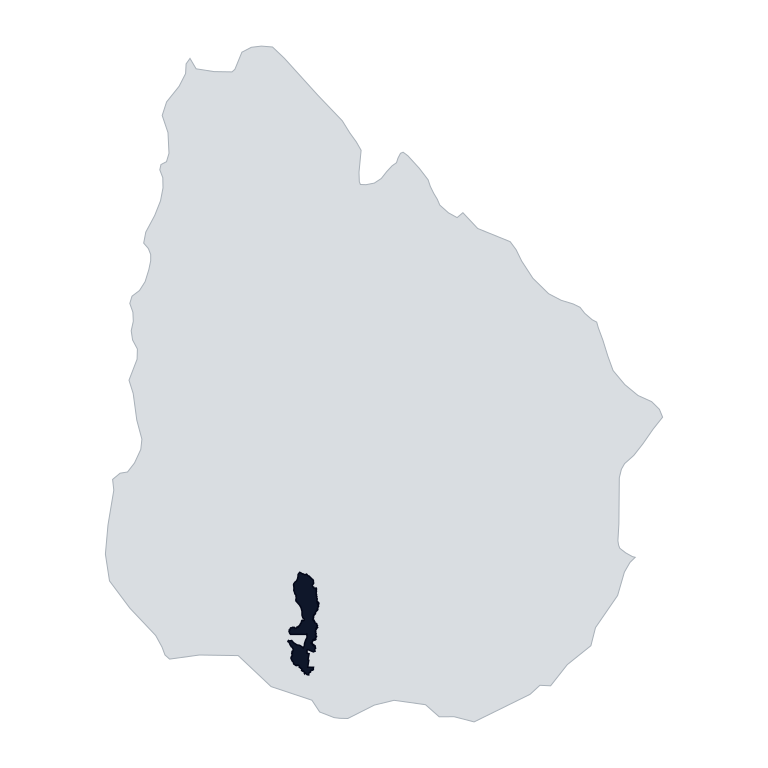 location of Rodríguez, San José, Uruguay
{"feature_id": "84410073B80691141354915", "entity_name": "Rodríguez", "entity_type": "district", "adm_level": 2, "iso_a3": "URY", "parent_name": "Uruguay", "parent_adm1": "San José", "projection": "equal_earth", "projection_center": [-56.456, -34.221], "detail": "fine", "context": "in_parent", "style": "filled", "palette": "ink", "viewbox_px": 768, "rotation_deg": 0, "n_neighbors": 0, "source": "geoboundaries", "source_scale": "gbopen_adm2", "svg_char_len": 7356}
<svg xmlns="http://www.w3.org/2000/svg" viewBox="0 0 768 768"><path d="M635.2,557.3L630.0,562.4L624.4,572.1L617.6,595.5L595.5,627.6L590.9,645.7L567.3,664.6L550.6,685.8L539.9,685.3L530.1,694.3L474.1,721.9L454.1,716.7L439.2,716.8L425.5,704.7L394.0,700.3L374.3,705.1L347.8,718.5L339.8,718.3L334.1,717.6L319.7,712.0L311.9,700.2L271.1,686.6L238.2,655.6L199.4,655.0L169.6,659.1L165.0,655.0L162.0,647.0L155.7,635.5L129.9,608.2L109.5,580.9L105.4,554.1L108.0,524.9L113.8,490.2L112.6,479.4L120.1,473.2L127.5,472.0L134.5,463.0L140.8,449.4L141.9,439.2L136.8,420.1L133.2,393.5L129.0,380.2L137.1,359.2L137.4,349.0L132.6,340.0L131.2,330.8L133.3,321.3L132.9,312.2L129.8,303.4L132.0,296.2L139.5,290.5L145.1,281.7L148.8,269.8L150.7,260.8L150.7,254.5L148.4,248.6L143.7,243.1L145.8,232.1L154.7,215.5L160.5,200.9L163.0,188.0L162.8,177.7L159.8,169.8L161.0,164.5L166.5,161.7L169.0,153.3L168.0,132.6L162.2,115.5L166.6,101.9L179.1,86.3L185.6,73.6L186.1,63.9L190.0,58.4L196.1,68.8L214.0,71.6L232.0,71.9L234.9,69.3L241.9,52.2L251.3,47.3L261.4,46.1L272.5,47.0L284.4,58.3L317.8,95.2L342.3,120.8L349.8,132.9L356.3,141.9L361.1,150.3L359.0,172.2L359.3,181.7L360.4,184.5L366.0,184.7L374.3,183.1L381.3,178.5L386.8,171.5L392.1,165.8L396.5,162.7L398.0,158.1L400.5,153.3L403.1,152.2L407.9,155.8L419.3,168.3L428.1,179.8L430.3,186.4L433.7,193.3L437.3,199.3L439.8,205.1L448.4,212.8L457.1,217.6L462.9,212.7L477.7,228.5L510.2,241.7L516.1,249.7L521.7,261.1L532.9,278.3L548.6,293.7L561.2,300.3L573.3,304.0L580.1,307.4L584.7,313.3L592.1,319.7L596.7,322.1L598.3,327.8L602.9,340.2L607.8,356.0L613.1,370.6L624.8,384.6L638.0,395.5L651.7,401.7L659.4,409.3L662.6,417.2L653.2,429.0L642.9,443.8L633.8,455.4L624.6,463.6L621.4,469.2L619.3,477.8L618.9,523.7L617.9,540.7L618.6,545.2L619.8,548.3L625.6,552.8L632.4,556.6L635.2,557.3Z" fill="#d9dde1" stroke="#a8b0b8" stroke-width="1"/><path d="M313.5,667.3L307.7,667.2L308.8,660.2L308.0,659.8L309.1,653.7L307.1,653.3L307.0,650.7L307.2,649.9L307.9,649.6L313.4,651.9L314.0,651.6L315.1,651.2L314.6,649.9L314.7,649.1L315.5,648.5L315.3,648.1L315.5,648.0L315.5,647.8L315.4,647.6L315.2,647.6L315.1,647.4L315.3,647.2L315.3,646.9L315.0,646.6L315.1,646.2L315.1,645.9L314.9,645.9L314.5,645.8L314.4,645.7L314.1,645.7L313.9,645.6L313.7,645.1L313.9,644.9L313.8,644.7L313.5,644.8L313.4,644.9L313.0,645.0L312.7,644.8L312.7,645.0L312.6,644.9L312.5,644.4L312.4,644.1L312.7,644.1L312.5,643.8L312.5,643.7L312.4,643.5L311.9,643.6L311.2,643.4L311.1,642.8L311.3,642.6L311.5,642.3L311.7,642.2L312.2,642.1L312.7,641.3L312.8,641.0L312.7,640.7L313.1,640.3L313.1,640.1L313.3,640.2L313.8,640.2L313.7,640.1L313.6,639.5L314.4,639.2L314.7,639.5L315.1,639.7L315.4,639.7L315.5,639.7L315.9,639.4L315.8,639.1L315.6,638.8L315.6,638.3L315.7,638.1L315.6,637.9L315.6,637.6L315.7,637.3L315.9,637.3L316.3,637.0L316.4,636.8L316.2,636.7L316.1,636.4L316.4,636.1L315.9,635.7L315.6,635.1L315.4,634.5L315.9,634.2L316.1,634.1L316.2,633.9L316.2,633.7L315.7,632.8L315.7,632.5L315.6,632.4L315.5,632.2L315.8,631.5L315.7,631.2L315.4,631.2L315.4,630.9L315.5,630.5L316.0,629.7L316.0,629.4L315.8,628.7L315.9,628.3L316.1,628.2L316.4,628.5L316.6,628.7L316.8,628.3L317.1,627.9L317.3,627.8L317.6,627.5L317.5,627.4L316.9,627.5L316.8,627.4L316.9,627.2L317.1,627.0L317.2,626.9L316.9,626.6L316.9,626.4L317.4,625.6L317.1,625.4L316.9,625.3L316.8,625.1L316.6,625.0L316.6,624.7L316.9,624.2L316.6,624.0L316.5,623.6L315.8,623.2L315.4,623.1L315.2,622.9L314.8,622.7L314.7,622.2L314.8,621.7L314.4,621.3L314.2,621.2L314.2,620.7L314.1,620.4L313.7,620.6L313.5,620.2L313.2,620.2L312.9,619.8L312.7,619.3L312.8,619.2L313.3,618.8L313.4,618.2L313.2,617.7L313.3,617.5L313.6,617.4L313.6,617.1L313.5,616.9L313.6,616.6L313.3,616.4L313.6,615.5L313.5,615.2L313.7,614.9L314.3,615.0L314.4,614.8L314.5,614.5L314.6,614.3L314.9,614.3L315.1,614.0L315.4,613.8L315.5,613.5L315.4,613.3L315.3,613.2L315.2,612.8L315.3,612.6L315.5,612.5L315.6,612.4L315.8,611.8L316.3,611.3L316.4,610.9L316.8,610.8L316.9,610.6L316.8,610.4L317.0,610.3L317.3,610.3L317.6,610.0L317.6,609.7L317.8,609.5L317.7,609.3L317.7,609.2L317.3,609.0L317.3,608.9L317.4,608.7L317.6,608.6L318.0,607.6L318.0,607.4L318.0,607.1L317.9,607.0L317.9,606.9L318.5,606.4L318.3,606.1L318.4,605.6L318.2,605.4L318.4,605.1L318.3,604.8L318.2,604.6L318.0,604.4L318.6,604.5L318.7,604.3L318.7,603.6L318.8,603.5L318.6,603.3L318.7,602.9L318.3,602.8L318.2,602.4L317.9,602.5L317.7,602.0L317.4,602.3L317.2,602.2L316.9,601.7L316.9,601.2L316.8,600.6L316.9,600.3L316.9,600.0L317.1,599.9L317.1,599.7L317.2,598.7L316.9,598.5L316.9,598.2L316.7,597.7L316.6,597.1L316.5,596.8L316.6,596.7L316.8,596.6L316.4,596.1L316.3,595.6L316.5,595.3L316.4,595.1L316.5,595.0L316.6,594.6L316.4,594.4L316.4,594.2L316.1,594.0L316.2,593.6L316.2,592.8L316.2,592.6L316.1,592.4L316.3,592.1L316.3,591.9L316.4,591.7L316.5,591.4L316.4,591.1L316.4,590.7L316.2,590.4L316.1,590.2L316.3,589.9L316.2,589.6L316.4,589.5L316.5,589.2L316.3,589.1L316.4,588.7L316.3,588.2L316.2,588.0L315.6,588.1L315.3,588.3L315.1,588.3L314.8,588.2L313.9,588.1L313.8,587.6L313.7,587.1L312.8,586.9L312.4,585.8L312.4,584.9L312.9,584.2L313.2,584.1L313.7,583.1L313.4,582.0L313.4,581.6L313.4,580.5L312.8,579.5L312.3,579.3L309.0,576.0L308.0,575.8L306.6,574.1L304.9,574.8L302.9,573.8L302.4,573.9L300.8,572.8L299.7,572.3L298.1,574.4L298.0,576.6L297.4,579.2L296.2,581.3L295.1,582.0L293.8,583.8L293.5,585.0L293.8,585.8L293.8,586.9L294.0,587.8L293.8,590.6L294.4,591.8L294.9,593.9L296.3,595.5L295.9,596.1L296.1,596.7L296.3,598.4L295.9,599.1L295.9,600.9L299.5,605.0L301.0,607.6L302.0,611.3L302.0,615.2L302.9,617.9L304.2,619.1L304.2,620.2L303.8,620.6L303.4,620.7L302.9,620.6L302.4,620.2L301.9,620.4L301.6,620.8L301.4,622.0L301.2,622.3L301.2,623.0L300.6,623.5L300.4,624.2L300.0,624.4L300.0,624.9L299.5,625.7L298.4,626.2L298.2,626.5L298.2,627.0L298.0,626.9L297.0,627.0L296.8,627.7L296.1,628.3L295.1,628.0L294.8,628.3L294.6,628.0L294.5,627.6L294.0,627.2L293.5,627.4L293.0,627.5L292.4,627.3L292.1,627.7L291.7,627.8L290.6,627.9L290.3,628.6L289.9,629.2L290.0,629.9L289.2,630.0L289.2,630.4L289.3,630.9L289.0,631.4L289.3,631.8L289.4,632.6L290.0,633.8L290.4,633.9L290.6,634.4L306.6,634.4L306.7,634.0L307.0,634.1L306.8,634.7L307.1,637.3L305.6,640.2L304.5,643.5L304.3,646.0L303.1,648.0L301.9,646.7L299.6,645.3L297.0,644.9L293.6,642.7L291.7,640.5L290.8,640.7L288.9,640.9L288.5,640.5L288.0,641.1L287.9,641.6L288.8,642.1L289.1,642.5L289.5,643.1L289.7,643.9L290.0,644.4L290.4,645.3L290.9,645.9L291.2,646.7L291.9,647.0L292.3,647.5L292.8,648.4L293.3,648.8L293.0,650.4L292.9,651.1L292.1,651.3L292.0,651.7L292.3,652.2L292.5,652.9L292.2,653.0L291.7,653.1L291.7,653.4L292.1,653.8L292.3,654.2L292.0,654.6L292.1,655.1L292.4,655.7L292.2,656.1L291.7,656.2L291.6,656.7L291.1,657.1L291.0,658.4L292.3,661.2L293.3,662.0L293.7,664.0L294.5,664.4L295.6,665.4L296.3,665.6L296.6,665.2L297.2,665.5L297.7,665.1L298.6,665.3L299.2,665.7L299.2,667.2L299.6,667.5L300.2,667.5L300.6,668.2L301.6,668.7L301.9,669.1L301.8,669.5L301.6,669.8L301.5,670.2L301.6,670.5L302.6,671.2L303.0,671.3L303.5,671.0L303.9,671.3L304.1,671.6L304.3,672.4L304.2,672.6L304.2,673.0L304.6,673.7L304.8,673.3L305.1,672.8L305.6,673.1L306.4,674.1L307.2,674.7L308.7,674.9L308.7,674.5L308.8,674.1L308.8,673.5L308.9,673.1L309.0,672.9L309.7,672.5L310.0,672.2L310.4,672.2L310.5,672.1L310.6,671.9L310.7,670.9L311.1,670.3L311.4,670.1L312.0,670.3L312.5,670.2L312.8,670.1L313.2,669.7L313.4,669.4L313.3,668.1L313.5,667.3Z" fill="#0f172a" stroke="#020617" stroke-width="1.5"/></svg>